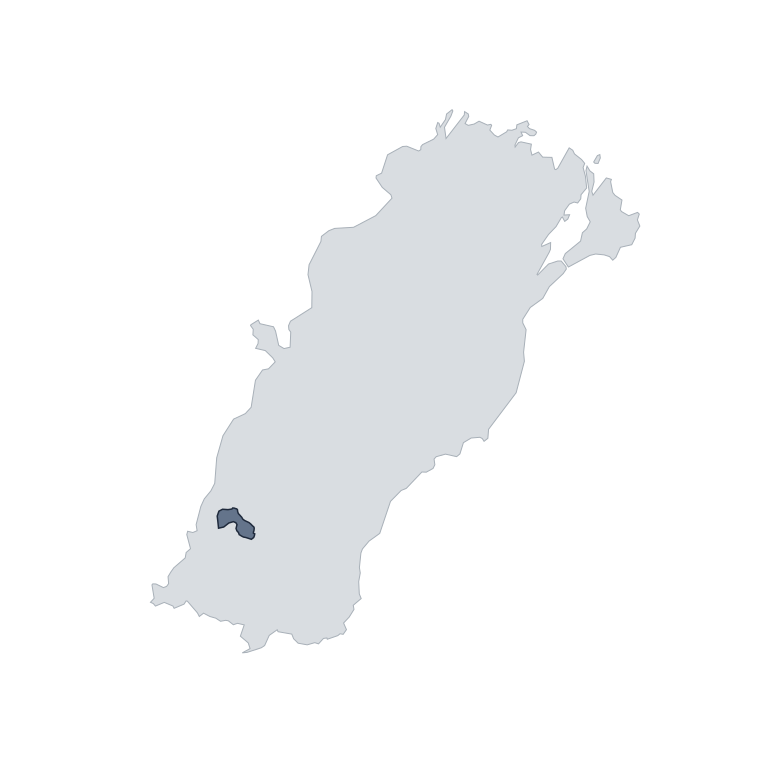 Turkey, with Batman highlighted, rotated 120°
{"feature_id": "TUR-3042", "entity_name": "Batman", "entity_type": "Province", "adm_level": 1, "iso_a3": "TUR", "parent_name": "Turkey", "parent_adm1": "", "projection": "albers", "projection_center": [41.379, 38.036], "detail": "fine", "context": "in_parent", "style": "filled", "palette": "slate", "viewbox_px": 768, "rotation_deg": 120, "n_neighbors": 0, "source": "natural_earth", "source_scale": "10m", "svg_char_len": 4365}
<svg xmlns="http://www.w3.org/2000/svg" viewBox="0 0 768 768"><g transform="rotate(120 384 384)"><path d="M581.2,296.5L591.0,300.0L594.2,297.3L603.2,297.6L611.2,299.5L615.5,293.7L621.2,294.2L622.3,297.2L625.0,298.2L633.4,305.5L632.5,306.5L634.6,309.2L641.8,310.8L642.6,314.6L648.3,320.1L651.4,328.8L649.8,334.9L646.7,338.8L651.5,351.9L650.2,353.6L659.1,357.7L670.2,356.6L673.8,358.4L684.9,368.4L687.7,372.3L680.1,367.7L676.1,372.1L674.2,382.3L662.5,384.6L664.5,391.2L667.8,394.1L666.9,400.4L667.8,402.9L671.2,406.9L670.9,412.6L672.4,418.5L672.7,425.7L677.7,427.7L675.5,431.1L670.4,445.7L670.8,446.9L674.6,447.1L683.2,453.6L681.8,455.8L683.0,465.1L690.6,470.9L689.5,474.0L689.8,477.1L684.5,475.9L674.0,484.5L672.7,484.3L671.2,481.5L670.6,473.2L668.0,471.1L664.6,470.7L658.8,474.7L653.5,474.6L648.1,474.1L634.0,469.2L628.8,471.1L623.4,469.2L613.0,479.5L609.7,480.4L608.2,475.3L604.5,472.5L599.7,476.4L581.6,481.4L573.3,482.2L563.1,480.5L554.7,480.9L531.5,492.0L509.3,497.6L489.6,496.7L479.0,489.3L470.6,487.4L445.0,497.2L432.6,496.2L428.6,491.6L419.2,489.3L417.0,493.4L414.4,503.5L417.3,513.0L411.9,513.3L408.4,515.1L407.0,522.1L402.0,524.6L400.1,528.8L399.2,528.9L391.5,524.8L393.8,521.6L389.7,508.3L392.4,504.4L403.2,494.5L403.3,488.3L399.1,483.7L385.7,490.7L384.4,493.6L381.3,495.8L376.4,496.4L354.0,484.7L339.9,492.6L327.3,504.5L318.2,508.5L292.1,509.9L287.4,512.0L278.8,508.4L273.9,504.5L263.5,488.7L242.3,475.3L219.1,470.0L216.7,472.6L214.6,483.8L209.6,493.9L207.5,494.8L202.6,491.5L183.7,495.5L169.0,486.6L166.7,483.2L164.9,470.5L162.7,469.3L160.0,470.7L157.4,470.3L147.1,463.4L141.2,462.2L136.8,466.9L130.7,468.2L130.7,466.7L133.5,463.7L124.2,463.0L118.9,464.8L112.4,462.2L113.1,460.9L118.7,460.0L131.4,460.0L140.4,453.0L110.9,449.0L107.8,450.4L108.0,446.1L109.9,444.4L117.9,444.0L117.9,440.4L113.8,435.9L108.9,433.1L108.0,423.9L105.7,421.3L106.2,420.1L111.2,419.3L113.2,412.9L113.1,408.8L104.3,403.9L102.1,403.9L100.3,400.1L96.7,397.0L93.1,398.5L84.5,391.7L86.8,388.1L89.2,388.6L90.1,385.7L89.0,380.4L89.6,377.8L91.8,377.5L94.0,378.3L95.9,381.7L95.3,387.4L97.3,391.3L99.6,388.1L103.6,390.7L111.5,390.1L113.2,388.9L107.6,388.2L105.8,386.4L102.6,376.3L107.7,374.3L111.8,370.3L105.9,366.2L108.2,360.0L103.8,351.9L112.6,343.7L112.4,342.3L110.2,341.4L86.9,341.7L87.2,337.4L89.5,334.1L90.8,325.2L92.6,320.5L97.0,319.8L103.3,313.5L112.9,306.5L121.5,308.0L125.3,306.2L130.4,306.8L131.4,310.4L135.6,313.4L143.6,314.2L147.7,312.6L144.6,307.9L149.3,307.3L152.8,308.8L150.2,313.0L151.2,313.6L161.7,313.7L172.3,316.3L184.3,317.3L186.0,316.1L178.2,310.4L184.1,307.2L187.2,306.8L212.6,306.3L212.8,305.4L197.8,301.5L190.7,295.1L188.9,292.0L191.4,285.1L193.3,283.6L198.8,284.0L217.0,289.5L230.5,289.3L244.6,295.6L258.6,296.2L261.7,294.4L265.9,288.1L286.7,279.0L294.1,273.8L325.5,265.2L370.9,270.8L379.1,266.9L383.6,268.7L382.1,271.6L382.2,274.3L387.2,281.5L395.1,285.9L406.6,283.3L410.6,284.8L414.0,295.7L420.8,302.4L424.0,303.1L428.5,299.6L432.6,299.3L439.2,303.3L441.3,307.2L463.2,312.5L467.6,315.9L482.4,319.7L515.5,313.0L527.5,318.4L537.6,320.2L541.9,319.5L555.3,313.5L559.5,310.1L567.8,307.1L578.2,300.4L581.2,296.5ZM162.4,247.8L160.9,252.4L162.1,257.9L165.6,265.7L169.7,270.0L190.5,282.8L186.1,291.6L180.4,292.2L162.0,285.2L153.8,287.8L148.4,286.0L140.4,286.5L137.4,291.7L131.0,297.2L114.6,302.6L98.2,315.8L93.8,317.1L96.5,312.2L97.1,307.5L104.0,303.1L113.3,300.4L116.0,297.4L94.4,294.5L93.1,289.4L95.5,288.9L103.8,281.6L105.1,278.3L105.7,269.9L114.9,266.5L115.9,264.6L115.9,256.2L108.6,250.2L109.2,247.9L115.2,246.6L119.3,241.4L127.8,241.6L132.1,239.5L139.5,239.1L147.4,247.6L158.4,246.5L162.4,247.8ZM86.9,313.4L79.5,313.4L77.4,311.8L80.1,309.7L86.0,308.9L87.4,311.7L86.9,313.4Z" fill="#d9dde1" stroke="#a8b0b8" stroke-width="1"/><path d="M578.4,421.0L580.2,420.4L582.1,420.1L584.8,421.2L586.0,426.9L586.8,429.1L586.9,430.6L586.9,432.2L586.8,433.1L586.9,434.0L585.4,435.8L584.7,438.0L583.1,439.9L579.3,441.0L578.2,442.9L578.5,445.6L582.0,448.9L588.0,451.3L591.6,455.2L585.5,459.6L581.8,462.4L576.7,463.4L573.2,461.2L570.8,456.3L568.5,453.4L567.9,453.1L567.1,453.1L566.4,451.8L566.1,450.3L565.8,449.1L566.1,448.1L567.7,446.9L569.0,445.4L570.6,440.4L571.2,439.5L571.7,438.5L571.9,436.2L571.5,431.6L571.9,429.2L572.6,426.9L572.8,425.4L573.6,424.4L575.3,423.6L576.4,423.2L577.4,423.1L578.6,422.4L578.4,421.0Z" fill="#64748b" stroke="#1e293b" stroke-width="1.5"/></g></svg>